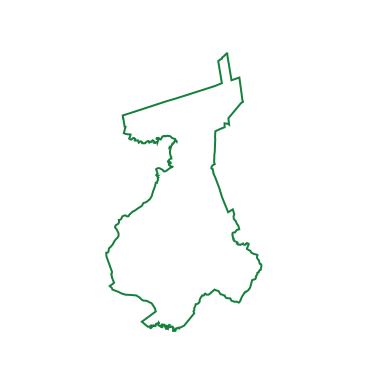 outline of Calinesti-Oas, Satu Mare, Romania, rotated 118°
{"feature_id": "2599482B93378437092703", "entity_name": "Calinesti-Oas", "entity_type": "district", "adm_level": 2, "iso_a3": "ROU", "parent_name": "Romania", "parent_adm1": "Satu Mare", "projection": "natural_earth1", "projection_center": [23.281, 47.91], "detail": "fine", "context": "isolated", "style": "outline", "palette": "green", "viewbox_px": 384, "rotation_deg": 118, "n_neighbors": 0, "source": "geoboundaries", "source_scale": "gbopen_adm2", "svg_char_len": 6088}
<svg xmlns="http://www.w3.org/2000/svg" viewBox="0 0 384 384"><g transform="rotate(118 192 192)"><path d="M318.4,139.3L317.8,139.2L313.7,136.2L298.0,133.1L297.7,133.6L296.6,134.7L295.5,134.5L295.0,134.6L293.6,135.5L291.4,135.5L289.4,136.1L289.1,135.5L287.7,134.3L286.8,134.2L286.4,133.8L285.1,133.8L284.0,134.5L283.5,134.6L280.2,134.7L279.8,134.6L279.7,134.4L278.5,134.4L278.4,133.7L277.3,132.7L276.0,133.0L275.8,132.8L275.5,132.6L275.7,130.7L274.9,129.2L272.0,127.9L271.1,127.8L270.7,127.4L269.5,127.1L268.6,126.5L267.6,126.3L267.5,124.5L267.0,122.1L268.7,119.2L268.9,118.6L268.6,118.2L268.3,116.2L268.4,114.5L268.2,114.4L268.7,113.9L269.5,112.1L268.6,109.3L268.0,108.7L268.0,108.1L269.3,106.5L269.5,105.5L269.1,104.4L269.0,103.1L267.7,100.7L267.8,99.1L267.5,98.6L265.4,98.2L264.2,98.5L260.8,98.7L256.9,98.4L255.9,98.2L256.0,98.1L252.4,96.2L249.2,95.8L241.5,97.5L239.3,95.3L239.0,95.2L236.9,95.5L236.5,96.0L233.8,95.7L232.7,96.4L232.1,96.1L231.5,95.4L229.8,95.7L228.7,95.3L228.6,94.9L225.3,95.7L223.5,96.8L223.3,97.4L223.6,98.5L220.9,100.9L220.6,102.1L219.8,103.4L219.0,104.1L217.0,104.5L216.9,104.9L217.1,106.3L217.7,108.2L217.7,110.8L217.4,111.9L216.4,113.0L216.7,114.3L216.4,116.9L211.4,117.4L211.2,118.6L211.6,119.0L211.4,119.6L212.2,120.1L213.1,119.9L213.9,120.6L214.2,121.7L213.5,122.8L214.8,123.5L215.6,124.4L216.1,124.6L216.3,126.0L216.8,126.6L216.5,127.2L216.6,128.0L215.3,128.0L215.1,129.7L215.4,130.5L215.3,132.0L214.8,132.9L214.3,133.4L214.1,133.3L214.1,132.9L213.9,132.9L213.2,134.0L213.1,134.5L211.2,135.7L211.1,136.1L210.8,136.1L209.5,136.9L208.8,136.8L208.2,136.3L207.6,135.1L204.6,134.7L202.7,132.8L200.4,134.9L199.6,136.0L199.0,137.5L197.1,139.8L196.2,142.4L194.0,143.9L191.9,144.1L188.2,147.8L192.9,150.6L182.4,163.1L175.7,169.8L169.1,177.3L165.1,182.3L164.5,182.4L162.0,184.6L162.2,185.8L161.8,186.2L160.4,186.5L158.7,186.3L156.7,185.0L155.4,186.4L148.5,189.8L146.0,190.7L133.8,196.6L133.4,197.1L127.4,199.9L123.1,196.7L119.5,193.6L116.1,195.5L115.0,192.5L114.9,192.0L115.1,190.9L109.8,194.5L90.7,190.5L88.4,189.3L87.5,190.4L68.7,203.9L74.8,209.6L53.6,225.8L52.3,226.1L53.2,226.2L54.8,227.0L56.4,227.3L59.2,228.5L60.4,228.2L61.4,229.1L64.1,230.3L81.9,216.7L87.3,221.2L117.7,250.8L123.3,256.6L157.0,289.1L159.3,287.4L159.1,287.3L165.9,282.2L165.6,281.3L172.1,279.8L171.9,279.3L171.9,277.6L170.1,273.2L172.7,272.6L174.1,272.7L174.5,272.3L174.5,271.2L174.2,270.2L173.6,269.8L172.3,269.6L171.6,268.6L171.7,267.2L173.1,267.0L173.4,266.7L173.1,265.9L171.8,264.1L172.3,263.2L173.3,262.5L173.5,262.2L171.5,261.3L171.2,260.7L171.4,259.7L172.3,258.9L172.1,258.2L171.4,257.3L171.0,256.2L169.5,255.9L168.6,255.5L167.4,254.4L167.4,254.2L168.5,253.1L168.5,252.8L166.9,252.1L166.6,251.1L165.7,251.3L164.8,251.0L164.8,250.1L165.0,249.6L166.4,248.4L165.9,247.9L165.8,247.4L165.1,247.4L164.3,246.6L164.2,246.2L164.8,245.7L161.7,246.2L161.2,246.8L161.7,247.8L161.7,248.2L161.5,248.4L160.9,248.4L160.0,247.1L160.0,246.5L160.4,244.9L160.4,244.4L160.2,244.2L157.4,244.2L156.0,243.6L156.0,243.3L155.2,242.0L155.4,241.7L153.8,240.0L153.8,239.2L153.2,238.6L153.1,238.0L153.1,236.5L153.6,235.7L153.5,233.5L153.1,231.7L153.9,231.3L154.3,229.4L154.5,229.2L154.9,229.1L154.7,229.8L155.1,231.2L157.0,231.1L157.2,231.4L158.5,231.4L158.6,232.0L160.5,231.7L160.8,232.0L161.1,232.1L162.2,231.7L162.6,232.9L164.1,232.5L163.6,231.4L166.5,230.6L168.1,229.6L170.7,227.4L170.8,226.7L171.6,226.4L172.2,225.9L172.7,226.6L173.4,227.0L175.6,227.6L176.6,227.5L176.7,226.9L176.6,226.7L175.8,226.0L176.0,224.7L176.3,224.3L176.8,224.3L177.6,225.8L178.8,225.2L178.8,224.8L179.1,224.5L179.1,223.6L179.6,222.9L178.9,221.9L178.9,221.0L179.2,221.0L180.8,222.5L185.1,224.5L186.5,225.5L187.1,226.8L186.5,227.6L186.2,228.5L186.2,231.5L186.6,232.7L186.8,233.1L188.4,234.4L189.2,234.1L190.4,232.4L191.1,231.9L191.8,231.1L193.2,231.5L194.0,231.4L194.1,230.9L193.4,229.5L194.5,229.8L194.8,229.6L195.0,229.4L195.1,228.5L196.0,228.7L197.0,227.7L199.0,227.7L200.2,227.2L200.8,228.3L204.6,227.3L210.0,226.6L214.6,225.6L218.6,225.9L219.6,226.6L221.0,226.9L223.3,228.3L223.8,229.1L224.3,229.6L228.1,229.9L231.5,231.9L235.7,234.0L237.0,235.1L241.6,236.7L242.6,236.6L243.3,236.8L244.0,237.8L243.9,239.6L244.0,240.0L245.2,241.4L246.3,242.0L249.4,241.9L250.1,242.4L251.1,243.5L252.9,242.2L254.7,242.2L256.7,243.5L258.4,243.7L259.2,243.4L259.9,242.3L260.5,240.8L262.8,237.7L263.7,237.0L265.5,236.2L267.4,236.3L269.6,237.1L272.0,237.4L275.6,237.4L279.1,238.2L280.4,238.8L281.2,238.7L283.7,237.8L284.2,237.8L285.1,238.0L285.9,239.2L288.6,237.6L289.4,236.9L300.0,225.2L301.8,224.5L302.3,224.8L302.6,224.7L304.2,223.0L305.0,222.8L305.3,222.0L307.0,220.4L308.6,218.2L310.8,219.0L313.6,220.5L314.5,217.5L315.5,216.4L314.7,210.1L314.7,207.1L314.0,202.8L311.4,197.2L309.5,192.6L309.8,188.5L310.6,186.4L310.7,184.4L310.5,183.4L309.9,182.4L309.3,180.3L309.4,178.1L309.2,175.9L309.5,174.8L312.2,170.0L314.5,167.9L330.1,175.4L331.7,167.6L330.5,166.3L330.9,166.0L331.1,165.4L331.7,164.9L331.6,164.5L330.6,164.0L330.3,164.3L330.5,164.7L329.8,165.6L329.0,165.5L328.8,165.1L329.2,164.7L329.0,164.2L328.9,163.6L328.3,163.7L327.6,163.2L327.5,162.6L328.1,162.3L328.1,162.2L327.6,161.4L326.9,161.6L326.0,161.3L325.5,161.7L325.0,161.7L324.3,160.7L323.3,160.0L322.9,160.1L323.2,159.5L325.1,159.8L325.5,158.3L325.4,157.0L325.7,156.0L325.5,154.9L325.3,154.8L325.0,155.3L324.2,155.8L325.0,156.3L324.8,156.8L322.9,156.2L323.0,155.3L323.8,155.2L323.3,154.5L322.3,154.4L322.2,153.7L322.9,153.0L323.5,152.9L323.6,152.7L322.7,151.9L322.2,151.8L322.1,151.6L322.5,151.2L323.2,150.9L323.3,151.0L323.3,151.3L323.6,151.5L324.6,151.3L325.0,150.6L324.7,150.4L323.9,150.6L323.7,150.3L323.7,149.8L324.3,149.5L324.3,149.0L323.5,149.3L323.0,149.9L322.2,150.1L321.3,150.1L320.8,149.5L320.0,149.7L319.9,149.2L321.9,149.1L322.4,148.8L321.3,147.7L321.1,147.2L320.3,146.8L320.0,145.9L320.9,145.2L320.7,144.8L320.7,144.6L321.7,144.3L322.0,143.8L322.5,143.7L323.5,144.0L323.8,144.3L323.7,144.0L323.4,143.1L323.1,143.1L322.4,141.5L321.4,141.6L321.0,142.1L320.6,142.3L319.7,141.8L319.6,141.2L319.0,141.0L318.0,140.1L318.4,139.3Z" fill="none" stroke="#15803d" stroke-width="2"/></g></svg>